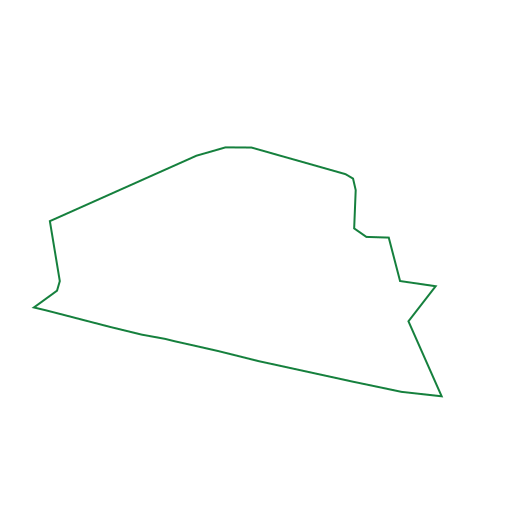 outline of Monroe, Kentucky, United States of America, rotated 11°
{"feature_id": "52423323B52721300719705", "entity_name": "Monroe", "entity_type": "district", "adm_level": 2, "iso_a3": "USA", "parent_name": "United States of America", "parent_adm1": "Kentucky", "projection": "robinson", "projection_center": [-85.705, 36.728], "detail": "fine", "context": "isolated", "style": "outline", "palette": "green", "viewbox_px": 512, "rotation_deg": 11, "n_neighbors": 0, "source": "geoboundaries", "source_scale": "gbopen_adm2", "svg_char_len": 508}
<svg xmlns="http://www.w3.org/2000/svg" viewBox="0 0 512 512"><g transform="rotate(11 256 256)"><path d="M192.6,355.2L236.5,356.5L278.3,358.7L375.6,360.9L376.0,360.9L424.8,361.6L465.0,358.3L418.1,291.0L438.1,251.4L402.2,253.1L382.8,212.6L360.7,216.2L347.1,210.2L341.3,172.3L336.5,161.5L328.3,158.6L230.8,150.4L205.3,155.2L178.4,168.9L47.0,261.1L68.2,318.1L67.3,328.0L47.8,348.9L60.0,349.4L126.6,353.5L158.9,355.0L182.6,354.7L192.5,355.2L192.6,355.2Z" fill="none" stroke="#15803d" stroke-width="2"/></g></svg>